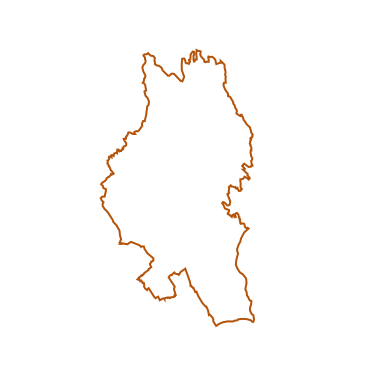 the district of Ardee Lea-6, Louth, Ireland, rotated 61°
{"feature_id": "5873133B98086602368419", "entity_name": "Ardee Lea-6", "entity_type": "district", "adm_level": 2, "iso_a3": "IRL", "parent_name": "Ireland", "parent_adm1": "Louth", "projection": "robinson", "projection_center": [-6.488, 53.872], "detail": "fine", "context": "isolated", "style": "outline", "palette": "amber", "viewbox_px": 384, "rotation_deg": 61, "n_neighbors": 0, "source": "geoboundaries", "source_scale": "gbopen_adm2", "svg_char_len": 6063}
<svg xmlns="http://www.w3.org/2000/svg" viewBox="0 0 384 384"><g transform="rotate(61 192 192)"><path d="M202.3,280.4L203.0,279.4L202.6,278.8L203.5,278.2L203.6,276.9L205.1,275.8L205.4,274.8L206.4,273.9L206.0,269.6L212.9,263.9L215.4,263.1L215.1,262.5L216.3,260.5L218.6,261.1L224.1,260.7L231.2,257.9L233.2,259.0L233.1,259.6L233.5,260.4L233.1,261.4L233.8,262.0L234.6,263.8L238.0,264.1L238.4,267.4L239.1,267.6L239.8,273.2L240.5,274.2L240.4,276.3L240.9,276.2L240.8,278.1L241.4,279.6L241.1,279.7L242.0,282.1L242.8,281.5L243.0,280.4L245.0,280.5L244.9,279.3L247.6,279.3L247.6,278.5L247.9,278.2L249.9,278.7L251.6,279.8L253.7,279.8L256.0,278.8L255.2,277.5L255.1,276.5L265.3,275.9L267.2,275.4L267.0,273.3L267.1,272.4L271.1,272.6L270.9,269.9L271.4,268.2L272.3,268.1L271.6,267.8L272.3,264.8L272.8,264.7L273.0,263.3L274.8,263.1L274.3,263.1L273.9,261.3L274.9,259.4L275.0,257.6L273.8,257.4L274.2,256.2L268.4,254.9L267.6,254.4L266.5,253.0L255.3,253.8L254.5,252.3L254.3,251.0L254.9,250.1L254.1,248.2L253.9,246.4L254.9,246.4L256.0,245.6L256.8,244.2L258.0,243.9L258.0,243.3L256.5,241.0L255.8,235.1L269.5,237.3L273.6,238.8L273.7,238.1L275.2,238.0L276.5,237.2L277.0,237.6L277.8,237.3L281.1,237.7L281.4,236.4L286.1,237.0L294.0,236.7L298.7,235.7L299.0,235.0L303.5,235.4L307.7,236.8L307.6,236.0L311.3,235.0L313.6,235.1L315.4,236.1L320.8,235.8L320.5,231.7L321.0,227.8L322.5,223.4L325.1,219.0L325.2,217.2L326.2,214.6L325.8,213.4L326.8,210.7L328.8,207.0L330.5,204.9L332.8,202.7L334.0,202.5L335.3,201.7L335.1,201.1L333.6,199.6L329.7,198.1L327.4,199.0L323.7,198.7L321.6,197.5L318.8,194.7L316.2,192.9L315.2,193.4L315.7,193.4L315.6,193.6L314.2,194.1L310.7,193.8L309.4,194.1L305.7,192.7L302.7,192.4L298.1,188.4L293.7,186.6L288.9,187.4L285.5,189.1L280.5,189.4L276.8,188.9L272.7,186.0L268.1,181.5L265.8,181.2L263.8,180.2L260.7,176.8L258.9,173.9L256.4,171.6L252.7,166.0L251.3,160.2L250.3,160.7L250.6,161.4L249.9,162.0L248.5,162.6L245.6,161.8L244.8,162.0L243.4,163.9L243.6,164.7L243.3,164.9L242.3,164.8L241.1,164.0L240.4,164.2L239.5,163.2L238.7,163.5L237.3,162.9L237.2,163.3L234.3,162.4L232.8,162.9L232.5,162.7L231.9,163.4L232.3,165.4L234.9,165.8L235.1,166.0L235.0,166.5L234.7,167.0L231.8,166.8L231.9,168.2L233.1,169.3L230.7,170.2L230.0,170.0L228.8,171.4L228.0,171.1L226.8,168.9L225.7,168.4L222.4,171.2L217.6,170.7L216.5,171.1L215.8,170.0L216.3,169.2L218.1,168.3L220.9,167.6L221.5,166.3L221.4,165.2L218.5,163.0L211.0,162.1L210.9,161.7L211.5,161.6L210.9,161.1L210.8,159.9L208.8,159.4L207.6,158.2L205.3,157.0L205.4,156.2L205.0,154.9L206.3,154.9L206.9,153.8L209.0,152.1L208.9,151.6L210.5,151.6L210.4,150.3L213.8,150.5L214.5,148.8L213.6,147.0L212.8,147.5L211.0,147.0L207.6,145.0L206.3,144.7L204.3,143.5L205.0,142.2L205.2,140.6L204.1,138.6L206.6,137.0L208.6,136.4L208.3,135.3L207.7,134.7L204.4,135.4L203.3,134.6L197.3,136.5L197.9,135.5L197.4,134.5L193.5,135.5L193.3,135.2L193.3,134.3L192.6,133.5L192.6,132.6L197.6,130.3L198.4,128.2L198.4,127.5L197.7,127.2L198.1,126.3L195.6,126.0L193.4,125.1L193.0,123.9L191.7,122.9L189.4,122.9L185.5,121.5L184.6,120.8L184.6,120.1L183.8,120.2L183.4,119.4L182.5,118.7L180.0,118.4L179.3,117.9L178.8,118.2L177.6,117.9L177.4,117.4L175.6,116.4L175.5,115.7L174.6,114.7L174.1,114.5L173.5,115.0L173.0,113.9L173.4,113.3L172.9,112.3L172.1,112.2L171.4,111.1L169.2,111.4L163.7,110.0L159.1,111.4L155.4,111.5L153.7,111.9L151.4,111.2L150.2,111.6L149.0,111.0L148.2,111.5L148.9,113.0L144.9,115.1L143.8,114.4L143.5,113.8L141.9,113.1L139.9,113.4L136.6,112.7L134.8,113.1L133.4,112.4L127.8,112.5L126.3,113.1L125.6,114.0L123.4,112.8L119.3,113.3L116.0,113.1L114.2,112.8L112.5,111.8L112.0,111.1L112.8,109.5L108.6,107.5L107.5,106.5L105.7,106.3L103.3,104.4L98.9,103.2L96.8,101.9L96.1,101.9L91.2,103.4L92.9,104.3L92.6,104.7L91.9,108.7L87.7,107.6L86.1,107.7L83.5,108.8L82.6,110.9L81.5,111.9L82.0,112.5L84.3,113.2L86.2,114.3L85.6,114.8L84.9,117.5L83.9,118.0L83.1,117.4L81.7,117.4L78.5,118.3L75.8,118.2L73.4,116.3L72.4,116.9L71.5,118.4L70.1,119.2L72.9,121.1L78.4,123.6L77.8,125.1L78.9,126.2L78.9,127.0L77.0,126.6L74.9,125.2L73.7,124.9L73.0,123.6L71.0,122.6L70.3,122.4L69.5,123.3L70.9,126.4L75.1,129.1L75.0,130.6L76.0,131.0L76.9,130.5L78.4,132.6L77.2,133.4L76.8,134.4L76.0,134.9L73.0,134.0L71.4,134.2L70.7,136.0L75.7,139.3L80.4,141.8L87.5,143.0L90.5,146.7L89.7,147.1L89.3,148.1L80.4,150.3L78.8,151.9L78.7,153.3L79.1,154.3L79.2,155.5L78.7,156.6L71.3,158.8L69.6,158.4L67.5,158.7L65.2,160.1L64.1,161.6L62.1,162.4L61.3,161.7L58.7,161.1L56.9,159.5L54.4,159.9L52.6,162.1L49.2,163.1L49.6,164.7L48.7,166.7L48.8,168.1L49.4,168.4L51.5,167.9L53.3,168.8L54.5,168.8L55.7,169.6L56.7,170.8L57.2,172.6L58.0,173.9L59.1,175.1L62.7,176.1L67.8,176.3L69.6,178.2L69.7,179.1L71.0,179.7L72.7,182.1L73.4,181.2L75.8,181.1L81.0,182.9L80.9,184.7L81.1,184.9L85.3,186.0L88.3,185.3L91.8,185.7L94.7,187.6L95.4,189.6L102.7,195.0L107.1,199.0L106.2,200.4L108.4,203.0L109.9,203.3L112.4,208.5L112.6,209.6L112.3,210.8L111.8,211.1L111.5,213.2L112.3,213.9L113.6,213.7L112.5,215.8L111.2,216.3L109.3,218.0L109.2,219.1L110.1,219.7L111.6,222.1L111.5,222.7L113.4,224.1L112.7,225.0L112.4,226.0L114.5,226.2L117.3,225.9L118.9,226.6L119.5,227.6L119.1,229.2L119.3,230.2L120.6,230.9L120.8,231.3L120.5,231.6L121.2,231.8L121.0,232.5L121.3,232.8L121.4,233.9L121.8,234.2L121.6,234.5L121.1,234.7L121.3,234.9L120.7,235.5L120.9,235.8L120.0,235.9L119.5,236.5L119.1,236.1L118.7,236.8L121.7,238.7L120.9,239.0L120.6,241.3L122.5,243.1L120.9,243.9L120.8,244.8L122.7,245.6L121.1,246.5L121.2,247.2L121.0,247.5L121.3,247.9L122.7,248.3L124.0,250.3L123.7,250.8L126.0,251.7L126.2,252.2L128.0,251.9L128.6,252.2L129.1,252.0L129.3,252.3L131.3,252.0L132.9,252.5L137.8,251.6L138.2,252.2L138.0,253.0L137.0,254.1L137.9,254.5L138.0,256.0L138.6,257.3L138.3,258.0L138.6,260.1L139.2,260.4L140.1,262.5L140.4,266.1L141.1,267.7L143.8,267.0L145.7,267.6L147.7,265.9L149.2,266.7L153.7,270.7L152.6,272.5L153.1,274.8L155.3,275.0L158.1,274.4L158.9,275.9L161.1,276.9L164.3,276.7L168.7,275.5L177.8,274.9L180.1,275.3L184.4,274.2L190.4,274.1L195.6,276.2L199.0,276.9L201.0,279.6L201.4,279.3L201.6,279.9L202.6,279.9L202.1,280.1L202.3,280.4Z" fill="none" stroke="#b45309" stroke-width="2"/></g></svg>